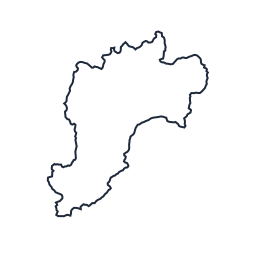 Muniz Freire, Espírito Santo, Brazil (Mercator projection), rotated 192°
{"feature_id": "56859067B51669196244688", "entity_name": "Muniz Freire", "entity_type": "district", "adm_level": 2, "iso_a3": "BRA", "parent_name": "Brazil", "parent_adm1": "Espírito Santo", "projection": "mercator", "projection_center": [-41.436, -20.403], "detail": "fine", "context": "isolated", "style": "outline", "palette": "slate", "viewbox_px": 256, "rotation_deg": 192, "n_neighbors": 0, "source": "geoboundaries", "source_scale": "gbopen_adm2", "svg_char_len": 4519}
<svg xmlns="http://www.w3.org/2000/svg" viewBox="0 0 256 256"><g transform="rotate(192 128 128)"><path d="M148.3,211.4L149.1,210.2L150.0,209.2L150.7,207.4L151.8,205.8L151.5,204.0L151.2,201.9L151.9,199.9L153.6,199.1L155.1,199.6L157.0,200.3L158.0,201.8L158.1,203.7L159.6,202.9L161.1,202.7L161.1,201.0L160.1,199.3L160.4,197.9L161.1,196.3L162.6,195.5L163.9,195.0L165.4,194.5L167.4,193.9L168.0,191.7L166.7,190.6L165.2,189.7L164.6,188.3L164.9,186.7L165.3,185.4L165.3,183.7L165.4,181.7L166.2,180.2L168.6,180.8L170.6,181.2L172.0,181.1L173.5,181.3L174.6,179.8L176.2,179.6L177.8,180.7L179.5,181.6L181.4,182.6L184.1,182.7L186.0,183.0L188.5,182.7L190.1,181.6L191.2,180.0L191.7,178.5L190.6,176.7L189.3,176.0L189.3,174.1L190.6,172.3L192.3,171.6L192.5,169.4L192.3,167.9L191.6,166.4L191.7,164.1L191.5,161.5L191.9,159.4L192.8,157.1L193.3,154.5L192.5,152.6L192.8,150.8L193.5,148.1L194.3,145.7L194.0,143.5L193.7,141.8L194.3,140.2L195.5,138.7L193.9,137.7L192.7,136.4L191.8,134.7L191.9,132.3L193.0,131.1L192.7,129.7L192.0,127.8L191.4,125.7L189.3,124.2L187.4,124.0L186.0,122.3L185.0,120.3L183.3,119.7L181.6,121.0L180.0,120.1L179.8,117.6L180.0,115.6L179.2,113.7L177.6,112.5L177.6,111.0L177.9,108.7L176.7,107.3L177.0,105.6L176.3,103.8L175.4,101.8L174.4,99.3L174.5,97.3L174.6,95.7L174.5,93.5L173.8,91.4L173.1,89.1L172.7,87.5L173.1,86.0L174.5,85.3L174.9,83.7L175.6,82.4L176.0,80.2L177.5,78.8L179.0,78.9L180.1,77.7L181.9,77.2L183.0,76.2L184.5,76.5L185.9,78.3L188.3,77.8L189.7,77.9L191.0,77.2L192.5,77.5L193.5,76.2L194.4,75.1L194.3,73.2L193.9,71.7L192.0,70.6L193.0,69.2L192.5,67.1L192.2,64.9L194.3,63.8L195.9,62.9L195.8,61.4L195.4,59.7L194.1,58.6L193.3,56.7L192.3,55.7L190.6,54.4L189.5,52.7L187.3,51.8L185.5,50.1L183.3,49.7L180.6,49.2L179.0,48.9L177.8,47.1L177.6,45.4L178.4,44.1L179.6,42.2L181.3,41.3L183.0,40.1L182.0,39.2L181.2,38.0L182.5,36.3L181.4,34.8L180.9,32.9L179.4,31.8L179.9,29.4L180.1,28.1L178.1,27.3L175.9,27.7L174.1,28.1L172.4,28.4L171.0,29.4L169.3,30.5L167.9,30.4L166.1,30.3L166.0,32.4L166.4,35.2L165.6,37.1L164.2,38.7L162.5,39.0L161.0,39.2L157.3,38.8L158.0,40.8L157.2,42.3L155.6,44.2L154.3,43.9L152.4,44.3L150.2,43.4L148.7,45.1L147.4,47.1L145.0,47.6L144.1,49.5L143.2,50.8L142.0,51.8L140.2,53.1L139.4,54.5L137.8,56.1L137.1,57.9L136.3,59.2L135.3,60.2L134.7,61.9L134.0,63.5L132.9,64.2L132.3,65.6L133.6,67.1L135.9,68.1L136.4,69.9L135.5,71.1L134.9,72.7L134.8,74.3L134.6,75.8L133.2,77.1L132.1,78.2L130.7,78.9L129.9,80.2L128.3,81.5L127.6,83.1L126.6,83.9L125.5,84.9L124.1,85.6L123.5,87.3L122.2,88.7L120.3,89.4L119.7,91.0L120.5,92.3L121.6,93.5L123.6,93.7L125.0,94.5L124.8,96.2L124.2,97.5L124.2,99.5L126.0,100.5L126.4,101.9L125.2,103.2L123.6,104.6L122.6,106.8L122.7,109.2L123.2,110.7L123.5,112.5L123.7,114.9L124.0,116.6L123.7,118.3L123.8,120.1L122.6,121.6L121.4,122.9L120.8,124.9L120.7,127.1L120.6,129.2L119.9,131.4L119.2,133.2L117.7,133.8L116.5,135.1L115.6,136.1L113.8,137.0L112.5,138.1L111.3,139.0L109.6,140.0L107.8,142.0L106.2,143.0L104.8,143.6L102.5,144.4L100.6,145.1L98.0,146.2L96.1,146.3L94.3,146.1L92.7,146.0L91.8,144.3L90.8,142.9L88.8,142.6L87.1,142.8L85.4,142.9L84.1,143.1L82.7,143.8L81.5,143.0L79.8,142.3L78.5,140.6L76.9,140.2L75.1,140.3L73.0,140.2L72.2,142.0L73.3,143.5L73.6,146.0L74.3,147.8L75.1,149.1L74.2,150.3L73.1,151.6L72.6,153.8L71.4,154.8L70.1,156.1L70.1,158.7L71.3,159.3L72.7,159.9L72.7,161.7L72.7,163.5L72.2,165.4L72.9,167.2L73.3,168.8L73.8,170.2L73.5,171.8L74.3,173.4L73.2,175.4L71.4,175.7L70.1,176.0L68.9,176.7L67.0,176.8L65.0,177.1L63.8,178.5L62.3,180.9L61.1,183.0L60.6,185.9L60.1,187.5L60.9,189.4L60.9,191.4L60.4,193.4L61.6,195.2L62.0,197.0L61.4,198.9L63.1,199.9L63.0,201.8L64.1,202.6L66.2,203.0L66.1,205.3L68.0,205.5L69.6,206.2L70.4,207.7L70.8,209.5L71.4,210.7L73.2,212.0L75.3,213.2L76.9,213.5L78.6,213.2L80.1,212.1L81.6,211.2L83.6,210.0L85.2,208.6L86.8,208.4L88.3,208.5L89.8,208.1L91.0,206.9L93.1,206.5L94.3,205.5L95.2,203.9L95.9,202.7L96.6,201.5L97.3,200.1L99.7,199.1L102.0,199.2L104.2,198.9L106.2,199.6L108.2,199.3L110.1,199.8L111.1,201.4L109.7,202.4L108.1,203.2L108.1,205.5L108.4,208.1L108.8,210.3L107.6,211.5L108.0,213.3L108.0,215.0L108.9,216.9L109.9,218.8L110.1,220.5L110.6,222.1L111.7,224.0L113.7,224.7L114.2,226.3L114.8,228.0L116.8,228.2L118.4,228.7L120.4,227.7L120.9,225.6L119.7,224.8L119.4,222.6L121.1,221.1L121.8,218.9L122.2,217.3L124.0,216.2L125.9,215.8L127.1,216.7L128.7,216.8L130.5,215.5L131.6,214.1L131.8,211.9L132.9,210.2L134.1,209.1L136.0,207.9L137.0,206.4L138.2,207.1L139.7,208.0L141.8,208.1L143.9,208.2L145.5,209.3L146.6,210.3L148.3,211.4Z" fill="none" stroke="#1e293b" stroke-width="2"/></g></svg>